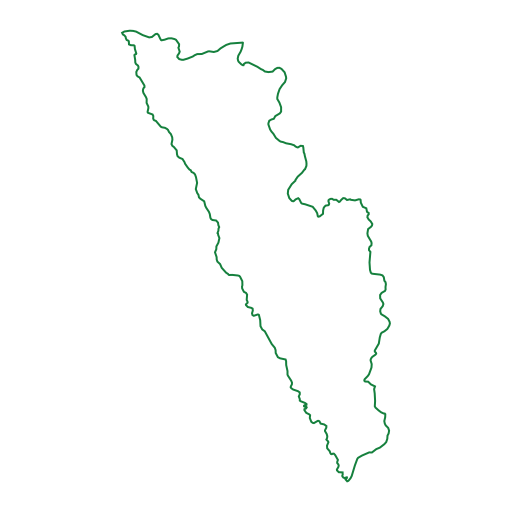 Habero, Anseba, Eritrea (Albers equal-area conic projection)
{"feature_id": "51966322B17309874943213", "entity_name": "Habero", "entity_type": "district", "adm_level": 2, "iso_a3": "ERI", "parent_name": "Eritrea", "parent_adm1": "Anseba", "projection": "albers", "projection_center": [38.311, 16.295], "detail": "fine", "context": "isolated", "style": "outline", "palette": "green", "viewbox_px": 512, "rotation_deg": 0, "n_neighbors": 0, "source": "geoboundaries", "source_scale": "gbopen_adm2", "svg_char_len": 6016}
<svg xmlns="http://www.w3.org/2000/svg" viewBox="0 0 512 512"><path d="M350.1,199.3L347.0,200.0L344.9,198.3L343.2,198.1L341.3,199.8L339.8,201.6L339.0,202.0L336.3,199.8L333.7,199.8L332.0,198.8L330.5,198.9L329.3,199.5L328.6,200.1L328.4,201.1L329.2,203.7L328.9,204.7L328.3,205.2L325.7,205.6L324.6,206.6L323.7,207.9L323.1,210.5L323.0,213.8L319.7,216.4L318.3,216.7L317.8,216.2L317.2,213.2L315.7,210.5L312.7,206.8L305.2,204.3L302.0,203.6L301.2,203.0L299.3,199.2L298.2,198.2L295.6,199.4L293.9,201.0L293.2,201.3L291.8,200.9L289.3,198.1L287.8,193.6L288.2,189.8L291.7,184.2L295.4,180.7L295.5,179.9L297.7,176.7L302.0,172.8L304.5,169.5L305.0,169.3L306.4,165.9L306.5,163.6L306.3,161.4L304.9,156.2L304.4,153.6L303.8,152.5L303.3,147.4L302.9,146.0L300.6,145.8L298.0,147.4L297.4,147.4L295.5,146.5L294.2,145.3L291.0,144.2L286.1,143.3L283.1,142.1L280.7,141.6L279.6,141.0L275.9,137.9L273.4,133.8L271.4,131.5L270.1,129.4L268.4,124.5L268.4,123.3L269.3,120.7L271.4,119.5L273.8,118.8L275.3,116.1L279.8,113.4L281.1,111.6L281.1,107.2L279.4,102.6L277.3,99.0L277.3,97.3L278.0,93.7L279.6,89.1L282.2,85.2L285.0,82.0L286.2,78.3L286.0,76.7L284.6,72.3L281.5,68.9L279.4,67.8L277.3,67.9L275.1,69.1L272.6,71.6L268.5,72.1L264.9,71.5L262.8,69.9L261.1,69.2L257.4,66.8L248.6,62.5L245.7,62.7L243.9,64.0L243.5,65.2L242.8,65.2L241.4,64.4L238.7,61.8L238.1,60.7L237.7,58.6L238.3,55.7L240.6,51.7L241.6,49.2L242.4,46.6L242.9,42.8L242.7,42.6L230.4,43.5L226.3,44.9L223.9,46.3L220.5,48.4L217.5,51.0L213.8,52.0L209.4,51.3L208.1,51.4L201.8,54.0L197.2,54.1L194.7,55.2L192.8,56.5L187.5,58.6L183.4,59.8L181.9,59.8L179.2,59.1L177.3,57.0L177.5,55.5L179.0,53.4L179.7,51.7L178.4,47.7L179.0,46.4L179.1,44.2L176.0,39.8L174.6,39.1L171.5,38.3L168.3,38.4L164.6,39.7L161.5,40.3L161.0,40.0L160.1,38.5L158.4,34.8L157.1,33.8L155.5,34.1L151.9,37.0L149.2,37.4L142.7,35.1L136.1,31.6L133.1,30.9L129.8,30.7L124.4,31.5L122.1,32.8L122.9,34.5L124.3,35.3L125.6,36.8L125.9,38.4L126.7,40.0L128.2,40.6L128.8,41.2L129.0,44.4L130.8,45.2L133.9,45.3L134.6,45.9L134.9,49.0L136.3,53.5L136.1,54.0L134.7,54.6L134.4,55.1L135.2,60.0L135.3,62.5L135.9,63.9L138.0,65.6L138.5,66.9L138.4,68.7L137.2,70.0L136.3,72.0L136.5,74.9L137.5,76.3L139.6,77.5L144.4,85.5L144.5,87.1L143.7,87.9L143.1,89.2L142.9,90.8L143.4,92.9L146.0,97.2L146.7,99.0L146.6,102.9L148.3,106.5L148.4,108.0L147.6,111.8L147.7,112.4L148.0,112.8L152.6,114.5L153.3,116.0L153.2,118.5L153.7,119.8L154.3,120.3L155.9,120.9L160.8,126.7L162.0,127.3L164.9,127.8L166.9,128.9L168.0,129.9L169.0,132.0L170.9,134.1L172.2,137.3L172.4,139.7L171.5,144.1L172.4,145.9L173.9,147.0L176.7,150.4L177.0,154.3L177.6,156.2L179.3,157.7L182.5,159.0L184.6,162.3L185.0,163.6L187.7,167.5L189.5,169.6L190.7,170.2L191.6,172.0L193.6,172.9L195.0,174.4L196.0,177.2L197.1,182.9L195.8,189.1L197.3,193.2L198.4,194.7L199.0,197.4L200.3,198.7L204.2,201.3L205.3,205.9L206.3,207.9L208.9,211.8L209.8,214.1L210.4,217.8L211.1,219.1L212.4,220.0L216.1,220.5L218.0,222.6L218.4,225.3L219.2,227.1L218.5,228.7L218.4,230.7L217.5,233.1L218.0,233.6L218.2,235.0L219.4,238.1L218.4,242.7L216.4,246.4L216.3,249.2L215.0,252.3L216.6,257.1L216.7,259.5L217.4,261.6L220.1,264.1L221.7,267.8L226.1,272.7L228.1,274.0L228.6,274.7L229.1,275.0L232.3,274.9L237.9,275.5L239.3,275.9L240.1,276.8L242.3,281.2L242.4,285.2L242.0,286.7L242.2,288.5L243.9,291.8L246.0,292.9L247.1,294.6L246.7,299.9L247.5,301.6L247.6,302.7L245.9,304.4L246.0,305.1L247.8,307.0L251.4,307.9L252.6,308.6L252.8,310.6L252.0,313.3L252.5,315.1L253.8,315.8L257.6,314.5L258.5,314.6L258.9,314.9L260.2,320.2L260.5,326.2L262.2,329.4L264.8,331.3L271.7,344.0L274.8,347.8L275.6,350.2L275.7,353.0L277.9,357.2L280.0,358.3L285.6,359.5L286.1,361.1L286.2,365.1L287.5,371.1L287.5,374.6L287.9,375.6L291.2,380.7L292.0,382.7L291.9,384.3L290.8,386.5L290.7,387.4L291.4,388.3L293.1,389.5L298.0,391.2L299.7,392.4L299.8,394.2L298.8,396.4L299.8,399.1L299.8,400.6L300.6,401.2L304.9,402.9L306.5,404.0L306.5,404.7L304.6,405.2L304.0,405.8L304.0,406.2L304.5,406.7L306.3,406.8L306.7,407.3L306.1,408.4L304.4,409.2L304.4,410.1L306.2,412.8L309.3,414.4L310.1,415.2L309.8,418.0L311.3,421.8L312.8,422.9L313.9,423.1L317.7,420.9L318.7,420.9L319.5,421.4L320.6,423.6L324.1,424.4L326.4,426.0L326.3,427.7L325.0,430.3L325.0,431.1L326.7,434.0L327.3,436.2L327.1,438.0L326.4,439.6L328.1,441.4L328.4,442.2L327.0,445.7L327.2,448.3L329.7,451.2L330.4,453.2L331.0,454.0L331.8,454.2L333.0,453.6L333.9,453.7L335.2,455.1L337.9,459.9L337.2,462.0L337.2,463.0L338.4,464.5L338.7,465.7L338.3,467.1L336.9,469.5L337.0,470.4L338.8,472.2L342.6,472.4L342.7,474.7L342.3,475.5L342.4,476.4L343.4,477.6L344.5,478.0L346.8,477.3L347.0,477.8L345.6,479.5L347.2,481.3L348.4,480.8L350.5,478.3L351.7,476.0L354.9,465.4L357.3,458.9L358.1,457.8L362.1,455.5L369.2,452.4L371.9,452.5L376.3,449.1L379.9,447.6L384.3,444.2L386.2,442.1L387.3,438.8L387.5,435.6L388.6,433.5L389.1,430.7L388.2,427.9L385.7,425.4L384.8,423.6L384.3,421.1L385.2,417.1L385.3,414.2L384.7,413.5L383.7,413.5L381.1,412.3L378.6,410.4L375.5,407.6L374.8,406.3L375.1,401.0L374.7,393.4L374.1,389.1L375.0,386.4L370.9,384.4L368.2,381.7L365.1,381.5L364.5,381.0L364.3,380.2L364.7,379.2L367.8,376.0L369.0,374.3L371.1,368.6L371.5,367.4L371.7,364.1L370.6,360.5L370.7,359.4L371.5,357.8L372.4,356.8L375.4,354.7L376.2,353.7L375.9,352.7L374.8,351.6L374.8,350.5L378.8,343.6L379.8,337.4L380.8,333.9L381.7,332.7L384.4,331.3L387.3,329.0L389.3,325.6L389.9,323.5L389.6,321.8L388.1,318.9L384.8,316.3L381.4,314.3L380.9,313.7L380.2,311.3L380.5,308.9L382.7,306.2L383.4,304.0L382.9,302.5L380.2,298.4L380.1,295.0L381.6,292.9L385.0,290.9L385.6,289.5L385.5,287.0L385.9,284.2L385.5,282.1L384.4,280.8L383.8,277.2L382.5,275.4L380.1,274.6L372.9,273.8L371.6,273.5L370.8,272.6L370.0,269.9L369.5,262.4L370.4,251.9L369.0,250.1L369.0,248.7L369.6,246.9L371.4,245.3L371.6,243.1L371.2,241.6L367.8,235.8L367.4,233.4L368.1,229.1L371.0,226.8L372.0,225.5L372.3,224.0L370.7,221.4L368.7,219.5L367.4,217.3L367.6,215.6L368.7,214.3L368.7,213.0L367.0,211.8L366.3,208.3L362.8,206.8L360.8,202.6L360.6,199.9L360.3,199.5L358.8,199.3L355.0,200.4L350.8,199.8L350.1,199.3Z" fill="none" stroke="#15803d" stroke-width="2"/></svg>